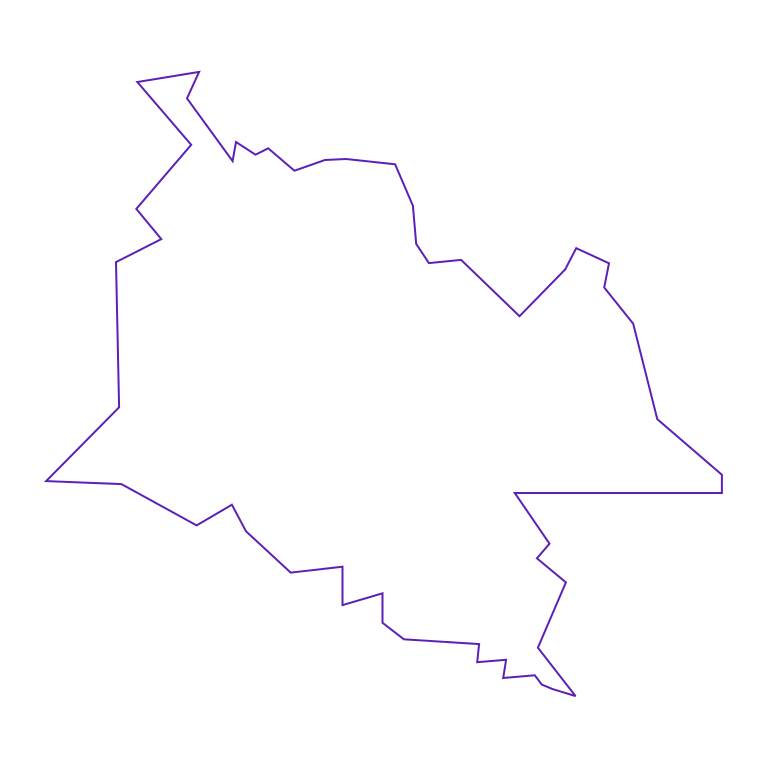 Fier, Fier, Albania
{"feature_id": "67620474B94080737422449", "entity_name": "Fier", "entity_type": "district", "adm_level": 2, "iso_a3": "ALB", "parent_name": "Albania", "parent_adm1": "Fier", "projection": "natural_earth1", "projection_center": [19.572, 40.718], "detail": "fine", "context": "isolated", "style": "outline", "palette": "violet", "viewbox_px": 768, "rotation_deg": 0, "n_neighbors": 0, "source": "geoboundaries", "source_scale": "gbopen_adm2", "svg_char_len": 818}
<svg xmlns="http://www.w3.org/2000/svg" viewBox="0 0 768 768"><path d="M199.1,71.9L137.3,82.0L191.2,144.8L136.3,208.9L161.3,239.1L116.0,262.1L119.1,407.3L46.1,481.1L121.4,484.1L196.6,525.4L231.9,504.7L246.0,531.3L290.7,572.6L342.5,566.7L342.5,605.1L382.5,593.3L382.5,622.8L403.9,639.3L479.1,644.1L477.2,662.2L506.1,659.8L503.2,678.0L514.6,677.0L514.9,677.0L532.2,675.5L534.8,675.3L541.7,684.5L552.6,689.1L575.6,696.1L575.4,695.9L537.9,647.7L565.9,582.4L536.9,558.3L549.5,543.7L514.8,493.0L721.9,493.0L721.9,474.8L657.3,419.2L633.2,323.7L604.2,287.5L609.0,263.3L576.2,248.2L565.2,269.4L519.5,316.2L461.1,259.9L428.9,263.1L416.2,243.9L412.9,205.7L395.1,164.3L346.0,159.0L324.9,160.0L294.4,170.7L268.2,148.3L255.5,154.7L236.0,142.0L232.6,161.1L187.0,98.4L199.1,71.9Z" fill="none" stroke="#5b21b6" stroke-width="2"/></svg>